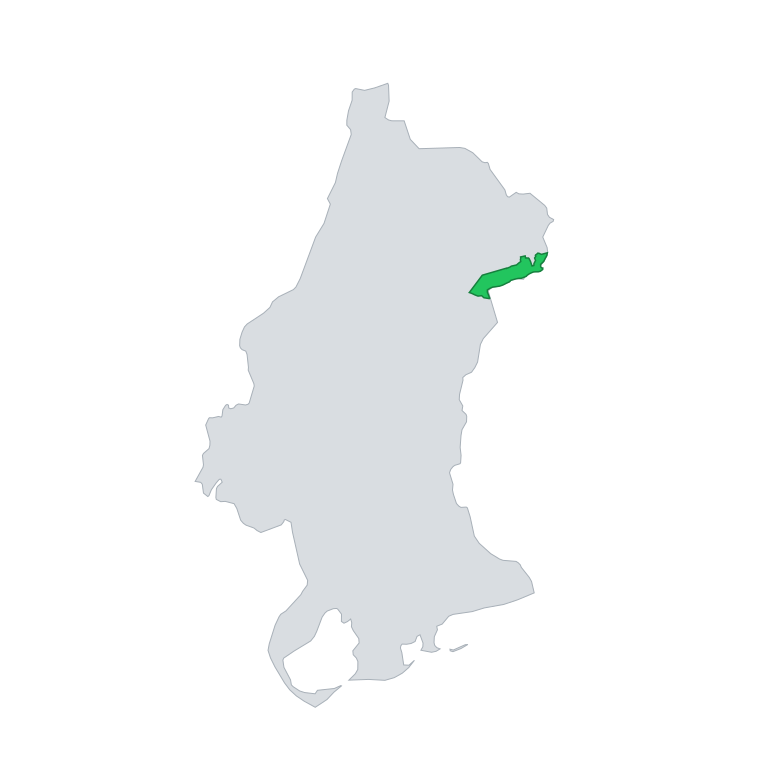 Serakhs, Ahal, Turkmenistan (highlighted), rotated 254°
{"feature_id": "10190150B96789976776616", "entity_name": "Serakhs", "entity_type": "district", "adm_level": 2, "iso_a3": "TKM", "parent_name": "Turkmenistan", "parent_adm1": "Ahal", "projection": "equal_earth", "projection_center": [61.378, 36.209], "detail": "fine", "context": "in_parent", "style": "filled", "palette": "green", "viewbox_px": 768, "rotation_deg": 254, "n_neighbors": 0, "source": "geoboundaries", "source_scale": "gbopen_adm2", "svg_char_len": 4790}
<svg xmlns="http://www.w3.org/2000/svg" viewBox="0 0 768 768"><g transform="rotate(254 384 384)"><path d="M234.1,253.3L266.7,255.2L276.7,256.5L281.0,251.8L280.8,250.7L279.3,249.7L276.9,246.4L275.2,224.7L278.1,221.6L281.4,219.3L286.3,212.5L288.9,210.4L292.6,208.7L305.0,208.2L310.3,206.9L314.9,199.1L315.9,194.6L319.3,191.0L321.2,191.1L329.6,194.1L331.4,195.7L334.2,201.4L337.3,201.0L337.8,200.1L337.5,198.9L335.1,195.3L329.9,188.9L324.9,184.9L324.4,183.6L328.9,180.4L337.7,181.7L340.0,180.7L342.4,175.6L353.9,187.1L356.1,188.2L365.4,189.8L367.0,191.3L370.1,198.0L373.2,199.8L377.1,201.0L393.7,201.3L398.9,205.7L399.7,206.8L398.7,210.0L398.4,216.0L397.0,218.4L397.9,219.5L403.7,222.0L407.2,225.9L407.6,227.5L406.5,228.7L403.8,228.1L402.4,229.9L402.4,233.0L404.4,236.0L404.9,238.7L402.0,245.1L402.0,247.7L402.9,249.2L417.8,258.7L420.2,259.0L434.7,257.3L437.4,258.3L450.1,260.5L453.7,260.2L456.1,257.1L458.4,255.9L460.6,255.8L466.7,257.8L473.0,261.9L477.3,265.6L479.4,269.0L485.3,287.8L489.1,295.5L493.7,299.5L496.9,306.8L499.7,322.9L501.5,326.1L508.4,332.5L544.1,358.8L554.9,370.6L571.7,382.0L577.8,380.7L591.0,392.8L599.3,397.4L610.1,404.7L632.9,421.3L637.7,422.0L643.0,419.6L647.8,421.0L656.4,425.2L665.6,431.6L673.4,433.9L675.6,436.7L675.8,438.2L671.6,446.3L671.2,456.6L672.0,470.5L669.9,470.7L654.5,466.9L639.9,458.3L636.6,461.1L634.9,463.9L631.4,475.9L611.9,476.7L600.5,482.6L590.5,521.9L588.2,526.7L581.8,533.1L570.6,539.5L568.9,542.0L568.6,544.4L567.2,545.1L561.0,545.1L537.3,553.7L532.1,553.7L530.0,554.4L529.1,556.0L531.8,563.9L529.6,566.1L528.2,570.1L527.1,576.9L511.4,587.7L508.2,588.9L501.9,587.9L498.6,589.0L495.3,592.4L493.7,591.4L492.9,588.0L491.2,585.7L481.5,577.1L470.2,578.4L466.0,577.7L462.7,576.3L457.6,571.3L454.3,566.6L450.8,567.2L449.8,564.9L449.7,562.3L450.6,559.2L450.4,553.2L448.4,549.0L446.2,547.1L448.7,540.2L448.7,535.1L447.1,529.6L446.5,521.6L446.9,513.8L444.8,509.8L411.9,510.1L400.3,492.0L395.5,487.6L379.3,480.0L374.8,475.9L371.2,471.4L370.3,465.2L368.5,461.5L365.9,461.0L353.3,453.8L348.2,452.0L341.2,453.7L337.0,451.7L332.2,454.5L330.1,454.6L324.9,452.9L318.6,446.4L313.2,443.8L302.0,439.7L294.1,438.4L287.1,435.9L286.4,435.0L286.3,429.5L285.4,427.3L283.4,424.5L280.6,422.5L268.6,422.7L263.2,420.6L258.8,420.3L249.2,420.7L246.1,422.2L244.2,423.9L243.0,429.2L241.9,430.0L232.6,430.2L212.9,428.9L204.6,431.6L191.5,439.8L184.0,446.7L181.7,449.8L177.1,462.0L175.1,463.8L172.5,465.2L170.0,465.4L158.1,470.3L153.5,471.4L141.8,470.8L139.7,452.7L139.1,438.4L141.1,418.7L140.9,406.1L143.5,386.9L142.9,382.2L137.2,373.8L136.6,367.9L133.0,367.6L127.2,362.7L121.6,360.8L118.7,360.7L116.0,362.1L113.9,364.9L112.7,360.4L113.0,355.8L117.9,346.1L120.7,348.9L124.2,350.1L133.0,349.5L132.3,346.2L127.9,342.9L127.1,338.5L127.6,334.0L129.0,329.7L127.7,328.0L125.6,327.0L120.9,327.1L108.5,325.5L106.8,330.5L110.0,337.1L104.6,329.6L101.0,321.9L98.9,312.9L98.9,303.2L104.3,287.7L109.0,268.6L113.4,276.6L116.8,280.1L124.4,282.4L128.2,281.9L132.2,279.8L136.1,280.5L141.9,288.7L146.3,289.6L155.4,286.5L159.7,285.8L163.4,287.2L167.3,287.2L165.7,283.4L165.1,279.6L167.5,277.6L174.5,279.7L180.3,277.5L181.3,276.6L182.0,273.3L181.4,266.8L180.1,264.1L177.0,260.3L164.7,251.1L160.6,247.5L157.2,242.7L152.1,224.0L148.2,212.1L146.5,210.7L139.2,209.7L125.3,212.6L120.3,212.0L118.0,213.3L112.2,218.3L109.3,222.6L105.2,232.4L107.9,235.6L105.0,252.3L106.0,259.4L105.5,259.9L101.6,251.0L96.4,242.2L92.2,228.8L100.9,220.0L108.3,213.8L116.0,209.1L124.1,206.0L142.1,201.2L151.9,199.4L159.9,199.1L165.9,202.1L182.1,212.8L189.1,218.9L191.1,221.3L192.9,227.2L204.4,246.0L207.2,248.7L211.8,254.7L216.3,256.5L234.1,253.3ZM111.0,390.2L110.5,392.8L108.5,385.1L107.7,376.5L109.3,374.1L110.9,374.3L109.2,377.3L111.0,390.2Z" fill="#d9dde1" stroke="#a8b0b8" stroke-width="1"/><path d="M436.7,509.3L443.9,508.7L446.0,509.3L446.8,512.4L447.2,515.3L446.6,519.1L446.2,522.2L446.4,525.7L447.2,529.7L447.6,532.8L448.7,534.5L448.7,539.7L448.5,542.2L447.8,545.2L448.0,547.9L448.3,550.4L449.1,551.7L449.9,554.2L450.3,556.7L450.5,558.6L450.1,560.5L449.3,563.3L449.3,565.4L450.3,568.1L451.7,568.6L452.1,567.7L453.4,566.9L455.8,567.5L457.8,571.3L459.9,573.2L462.5,575.8L465.1,577.2L465.2,571.1L465.4,570.9L465.4,570.7L466.8,569.2L467.4,567.9L466.6,566.4L466.3,565.4L466.0,565.0L464.8,565.0L463.6,563.5L461.1,563.7L460.9,563.7L458.5,561.4L456.6,560.7L456.6,559.1L456.8,559.1L456.8,558.8L461.3,558.6L464.6,558.0L465.3,557.6L466.0,555.1L466.3,555.1L466.4,554.8L468.2,555.0L468.5,550.3L467.9,550.2L467.4,550.2L467.2,550.1L466.0,549.4L464.0,549.2L463.2,547.0L461.9,544.2L462.2,539.0L462.0,538.2L461.7,537.5L461.3,533.8L461.6,533.8L461.5,508.5L448.4,491.2L447.8,492.1L446.6,493.7L444.8,495.7L443.7,497.1L442.6,498.6L442.0,502.2L439.4,503.8L436.8,509.3L436.7,509.3Z" fill="#22c55e" stroke="#15803d" stroke-width="1.5"/></g></svg>